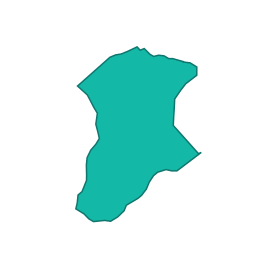 the district of Buan-gun, North Jeolla, South Korea, rotated 320°
{"feature_id": "91817680B44911241756091", "entity_name": "Buan-gun", "entity_type": "district", "adm_level": 2, "iso_a3": "KOR", "parent_name": "South Korea", "parent_adm1": "North Jeolla", "projection": "robinson", "projection_center": [126.66, 35.682], "detail": "fine", "context": "isolated", "style": "filled", "palette": "teal", "viewbox_px": 256, "rotation_deg": 320, "n_neighbors": 0, "source": "geoboundaries", "source_scale": "gbopen_adm2", "svg_char_len": 878}
<svg xmlns="http://www.w3.org/2000/svg" viewBox="0 0 256 256"><g transform="rotate(320 128 128)"><path d="M213.1,112.8L206.8,103.5L203.8,101.0L202.0,95.9L198.2,91.9L193.7,89.7L192.2,85.7L191.5,77.6L187.3,76.2L187.1,71.7L177.1,69.1L170.1,66.8L165.4,64.0L159.6,62.2L116.3,63.4L118.1,76.5L116.9,82.2L115.1,90.2L114.0,97.0L105.8,104.4L102.3,111.8L99.3,117.6L92.9,119.8L85.3,121.0L77.7,124.4L72.4,129.5L66.0,137.5L62.5,141.5L51.9,147.2L46.7,147.2L40.8,152.9L36.1,156.4L39.1,165.5L39.6,172.4L41.4,177.5L50.7,183.8L54.8,188.3L63.0,189.5L71.8,188.9L77.1,186.1L90.5,188.3L95.2,188.3L102.8,186.6L109.3,183.2L116.9,180.9L122.2,180.9L130.4,184.3L133.9,188.9L138.0,192.3L168.4,193.8L165.5,192.9L164.3,155.2L170.1,148.9L176.6,142.1L182.4,135.8L192.4,133.0L200.6,131.2L214.6,131.8L219.9,125.5L217.5,118.1L212.8,113.0L213.1,112.8Z" fill="#14b8a6" stroke="#0f766e" stroke-width="1.5"/></g></svg>